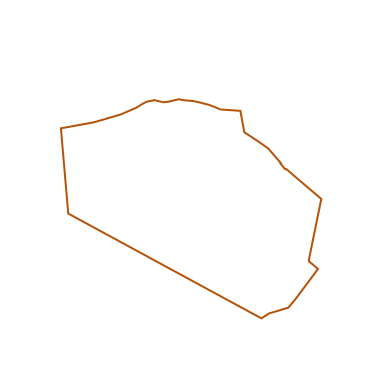 San Francisco Nuxaño, Oaxaca, Mexico (Equal Earth projection), rotated 111°
{"feature_id": "50627088B26154437213444", "entity_name": "San Francisco Nuxaño", "entity_type": "district", "adm_level": 2, "iso_a3": "MEX", "parent_name": "Mexico", "parent_adm1": "Oaxaca", "projection": "equal_earth", "projection_center": [-97.347, 17.362], "detail": "fine", "context": "isolated", "style": "outline", "palette": "amber", "viewbox_px": 384, "rotation_deg": 111, "n_neighbors": 0, "source": "geoboundaries", "source_scale": "gbopen_adm2", "svg_char_len": 776}
<svg xmlns="http://www.w3.org/2000/svg" viewBox="0 0 384 384"><g transform="rotate(111 192 192)"><path d="M265.4,60.6L254.3,56.8L218.7,46.8L214.7,58.2L212.7,58.7L162.4,67.1L152.1,68.8L151.1,71.9L150.8,72.6L141.5,99.1L136.8,112.2L137.0,112.8L137.3,113.3L136.3,115.1L134.0,119.1L133.8,119.6L133.2,119.4L124.9,134.8L124.0,136.9L123.1,140.1L121.8,145.2L120.5,150.7L118.3,160.8L117.5,164.6L98.9,175.9L104.7,194.9L104.5,204.4L104.6,207.8L105.8,218.2L106.7,223.6L108.2,228.8L109.3,232.8L110.2,237.7L114.9,244.5L116.9,247.6L118.5,251.0L119.2,256.1L119.5,258.6L119.9,260.7L120.5,261.0L123.3,265.7L125.4,268.1L128.0,270.2L133.6,274.5L145.2,286.4L162.1,308.6L179.5,337.2L256.5,299.8L267.0,220.0L285.1,81.9L277.8,76.6L265.4,60.6Z" fill="none" stroke="#b45309" stroke-width="2"/></g></svg>